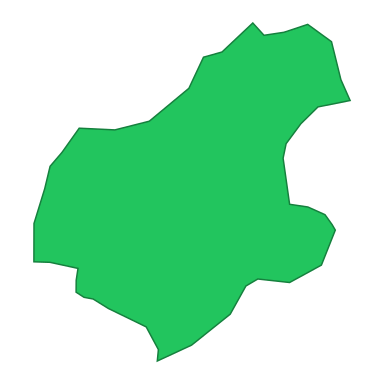 the border of Karabük
{"feature_id": "TUR-5520", "entity_name": "Karabük", "entity_type": "Province", "adm_level": 1, "iso_a3": "TUR", "parent_name": "Turkey", "parent_adm1": "", "projection": "equal_earth", "projection_center": [32.657, 41.183], "detail": "fine", "context": "isolated", "style": "filled", "palette": "green", "viewbox_px": 384, "rotation_deg": 0, "n_neighbors": 0, "source": "natural_earth", "source_scale": "10m", "svg_char_len": 639}
<svg xmlns="http://www.w3.org/2000/svg" viewBox="0 0 384 384"><path d="M157.3,361.0L158.4,349.6L146.2,326.9L108.4,308.5L93.1,299.0L84.0,297.3L76.1,292.2L76.2,280.3L78.0,268.4L49.9,262.3L33.9,261.8L34.0,223.5L44.7,188.8L50.1,166.3L62.0,152.4L79.2,128.2L114.9,129.9L149.3,121.2L188.9,88.3L203.5,57.2L222.0,52.0L252.8,23.0L264.0,35.3L283.9,32.3L307.7,24.4L331.5,41.7L340.9,79.7L350.1,100.5L318.0,106.9L300.9,123.7L286.1,143.7L283.1,158.2L289.6,204.3L307.9,207.0L325.0,214.7L332.1,224.6L335.3,230.1L321.4,265.1L289.6,282.5L257.8,279.0L245.9,286.0L230.2,314.2L191.6,345.1L157.3,361.0Z" fill="#22c55e" stroke="#15803d" stroke-width="1.5"/></svg>